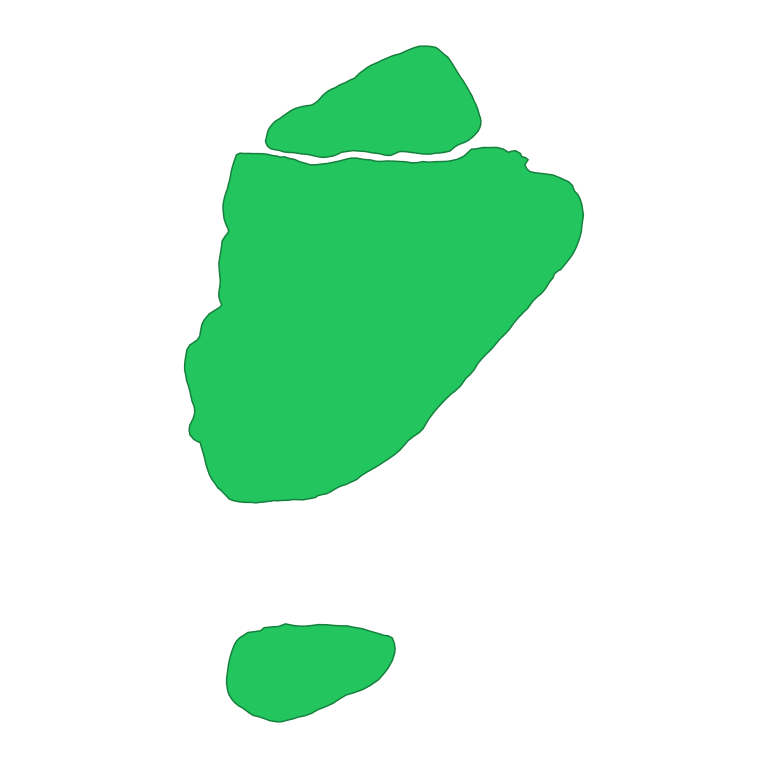 the district of South Maalhosmadulu, Maldives
{"feature_id": "70690204B34947259557359", "entity_name": "South Maalhosmadulu", "entity_type": "district", "adm_level": 2, "iso_a3": "MDV", "parent_name": "Maldives", "parent_adm1": "", "projection": "natural_earth1", "projection_center": [72.971, 5.094], "detail": "fine", "context": "isolated", "style": "filled", "palette": "green", "viewbox_px": 768, "rotation_deg": 0, "n_neighbors": 0, "source": "geoboundaries", "source_scale": "gbopen_adm2", "svg_char_len": 5160}
<svg xmlns="http://www.w3.org/2000/svg" viewBox="0 0 768 768"><path d="M581.3,231.5L581.9,225.5L583.4,215.2L581.9,205.0L580.1,198.8L577.8,194.6L574.3,190.8L572.4,185.5L568.9,181.9L563.4,179.4L559.0,177.4L553.0,175.0L546.0,174.0L540.8,173.4L535.4,172.8L530.1,171.7L526.9,169.0L524.9,164.9L526.7,161.8L528.1,159.8L525.4,157.6L521.8,156.7L520.4,153.5L515.6,150.7L511.0,151.4L508.4,152.3L503.6,149.2L496.8,147.4L488.0,147.6L483.0,147.5L475.4,149.0L471.6,149.1L468.0,152.4L464.1,156.0L459.8,158.2L456.4,159.6L447.8,161.3L440.5,161.6L437.0,161.6L428.6,162.2L423.0,161.6L416.8,162.7L411.4,162.8L405.6,161.8L399.9,161.5L392.4,161.1L386.9,161.0L381.6,161.4L376.0,161.3L371.0,160.0L363.7,159.4L356.7,158.1L351.2,158.1L345.8,159.3L339.0,161.1L334.1,162.1L327.2,163.5L321.3,164.1L317.0,164.7L310.4,164.9L305.7,163.4L300.2,161.9L294.7,159.5L289.2,158.4L284.9,156.9L279.8,157.1L277.6,156.2L272.8,155.6L269.1,154.7L266.8,154.2L261.8,153.7L256.1,153.6L252.4,153.6L248.3,153.4L244.9,153.5L242.0,153.3L239.9,153.2L236.9,154.5L236.4,155.0L234.1,161.3L232.5,166.6L231.3,171.0L230.6,175.0L229.6,180.5L228.2,185.0L227.6,188.3L226.2,191.9L224.6,197.0L223.5,201.8L223.0,205.4L223.1,209.4L223.5,214.4L224.2,219.2L225.5,223.0L226.6,225.9L228.0,228.3L228.6,231.8L226.1,235.1L224.4,237.3L222.1,241.1L221.7,245.5L219.3,260.3L218.9,263.2L219.3,270.6L219.8,275.7L220.3,280.3L220.1,284.2L219.5,288.8L218.8,292.8L219.0,297.5L220.3,301.6L221.4,303.9L221.6,304.8L220.0,307.1L217.9,308.4L214.1,310.8L209.2,313.9L204.2,319.9L202.0,324.1L200.6,330.6L199.8,336.1L197.3,339.9L192.9,343.0L189.7,345.1L186.8,350.0L186.0,354.9L184.9,362.0L184.6,366.4L184.7,370.1L185.7,374.8L186.6,380.6L188.2,385.1L189.9,391.2L190.9,396.2L192.2,401.7L193.7,405.2L194.6,408.8L194.6,413.5L193.0,418.9L191.7,421.3L189.7,425.4L189.1,430.5L190.0,434.9L193.8,439.4L198.2,441.9L200.0,442.2L201.4,447.0L203.4,453.7L204.7,458.6L205.6,463.0L206.9,467.4L209.5,474.9L211.9,479.4L214.8,483.2L218.1,488.1L220.9,490.3L225.5,495.0L229.2,499.0L233.5,500.7L238.6,501.7L244.0,502.3L248.0,502.4L251.3,502.4L256.3,502.9L258.8,502.4L264.3,502.0L267.0,501.5L271.2,501.1L273.6,500.5L276.9,500.8L280.4,500.5L289.2,500.2L292.5,499.5L296.6,499.6L303.2,499.8L311.6,498.3L315.3,497.5L318.2,495.5L323.0,494.4L326.6,493.7L331.4,491.3L335.9,488.5L340.8,486.0L345.7,484.6L351.3,482.0L356.5,479.6L361.3,475.6L366.7,472.2L376.3,466.8L381.4,463.5L388.0,459.2L394.7,454.5L399.8,450.2L404.2,445.2L408.3,440.5L413.8,436.2L419.3,432.5L423.1,428.7L428.6,419.2L434.2,411.8L438.5,406.8L442.8,402.2L446.4,398.5L451.1,394.0L455.5,390.7L460.6,385.8L466.0,378.2L470.6,374.0L474.5,369.2L477.7,363.7L482.2,358.3L486.8,353.6L490.6,349.9L493.7,346.5L499.8,339.1L503.1,336.0L507.0,332.0L509.9,328.7L513.5,323.5L516.8,319.5L519.2,316.8L523.4,312.4L527.7,308.3L532.7,301.3L537.4,296.7L541.4,293.5L545.7,288.4L549.4,282.2L553.2,277.6L554.2,274.1L557.9,270.9L560.7,269.6L565.6,263.6L570.4,257.5L573.5,252.8L576.4,246.9L578.8,240.5L580.1,236.5L581.3,231.5ZM480.9,120.7L480.3,117.7L479.2,114.6L477.8,109.4L475.8,104.3L473.8,100.5L472.1,96.1L469.6,91.8L467.0,87.1L464.4,82.8L462.0,79.1L460.2,76.7L456.9,71.3L454.0,66.5L452.2,63.6L450.7,61.3L447.6,56.9L445.4,55.4L441.6,52.1L439.0,49.6L435.7,47.4L430.1,46.4L424.9,46.1L419.1,46.3L413.9,47.8L406.5,50.8L399.9,53.8L392.8,55.7L387.4,58.0L382.3,60.1L377.5,62.5L370.8,65.4L367.0,67.7L359.5,73.3L354.4,78.3L350.4,79.9L345.4,82.6L341.8,84.1L338.5,85.6L335.5,87.6L332.0,88.9L327.6,91.4L323.2,95.0L320.4,98.1L317.8,101.0L314.2,103.7L311.2,105.2L306.8,105.7L302.9,106.4L299.3,107.3L295.7,108.3L291.8,110.1L289.2,111.8L283.1,116.0L280.0,118.4L275.5,121.1L272.3,124.2L269.6,127.7L267.9,130.9L267.2,134.0L266.6,136.4L266.1,138.7L265.5,140.6L266.1,143.5L267.5,146.0L270.2,148.4L272.1,149.1L275.1,149.7L279.0,150.3L284.0,151.9L287.8,152.4L293.7,152.6L300.8,153.8L307.5,154.4L314.3,155.9L320.1,157.1L324.6,157.4L332.7,156.1L337.5,154.3L341.3,152.3L349.3,151.1L352.9,150.6L361.1,151.2L366.0,151.6L372.2,152.8L380.2,153.8L384.0,154.9L387.4,155.3L390.3,155.5L392.9,154.5L396.1,153.0L399.5,151.6L402.9,151.5L406.9,151.8L410.8,152.4L415.3,152.9L420.6,153.7L423.5,154.0L427.6,154.1L431.1,154.0L435.1,153.2L439.1,153.0L444.0,152.4L449.8,151.1L453.9,147.6L458.1,144.8L464.7,142.3L468.5,140.2L472.6,137.1L475.8,133.8L478.2,130.9L479.9,127.5L480.7,124.6L480.9,120.7ZM395.1,649.0L394.4,643.6L392.3,638.0L388.4,635.9L385.1,635.5L383.1,635.2L381.4,634.4L374.3,632.4L368.1,630.6L362.7,628.8L352.9,627.1L347.3,625.9L341.7,625.9L334.3,625.5L327.2,624.8L318.1,624.6L311.7,625.5L305.0,626.2L298.7,626.1L293.5,625.5L285.4,623.9L278.5,626.5L271.7,626.9L264.1,627.7L260.5,630.8L254.1,631.7L247.8,632.5L243.4,635.5L239.9,637.6L236.5,641.0L233.9,645.9L231.8,651.5L230.1,657.1L228.6,663.8L227.4,672.8L226.6,678.6L226.6,683.5L227.6,690.3L228.9,694.5L231.8,699.2L234.8,702.7L238.6,705.8L242.4,707.8L249.1,712.8L252.9,715.3L259.4,716.9L264.3,718.6L269.6,720.6L277.7,721.9L281.3,721.8L286.9,720.3L293.3,718.8L298.2,717.1L304.7,715.8L311.7,713.3L317.8,709.7L326.5,706.3L333.5,703.0L339.3,699.1L345.9,695.1L353.3,692.9L362.4,689.7L370.0,685.6L378.4,679.8L383.5,674.1L388.0,668.3L392.4,660.4L394.6,653.3L395.1,649.0Z" fill="#22c55e" stroke="#15803d" stroke-width="1.5"/></svg>